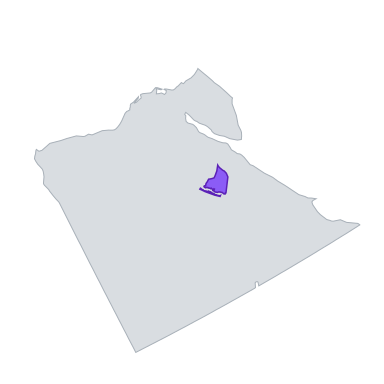 Zemam Out, Al Bahr al Ahmar, Egypt (highlighted), rotated 330°
{"feature_id": "37247803B22410072002885", "entity_name": "Zemam Out", "entity_type": "district", "adm_level": 2, "iso_a3": "EGY", "parent_name": "Egypt", "parent_adm1": "Al Bahr al Ahmar", "projection": "orthographic", "projection_center": [31.757, 26.727], "detail": "fine", "context": "in_parent", "style": "filled", "palette": "violet", "viewbox_px": 384, "rotation_deg": 330, "n_neighbors": 0, "source": "geoboundaries", "source_scale": "gbopen_adm2", "svg_char_len": 6174}
<svg xmlns="http://www.w3.org/2000/svg" viewBox="0 0 384 384"><g transform="rotate(330 192 192)"><path d="M320.9,304.4L313.8,304.7L306.7,305.0L299.6,305.2L292.5,305.4L285.4,305.7L278.2,305.8L271.1,306.0L264.0,306.2L256.9,306.3L249.8,306.4L242.6,306.5L235.5,306.6L228.4,306.6L221.3,306.7L214.1,306.7L207.0,306.7L202.9,306.7L203.6,304.6L204.1,303.1L203.6,302.1L202.2,301.9L201.3,302.2L199.2,306.5L198.1,306.7L195.5,306.7L187.2,306.6L178.9,306.5L170.6,306.4L162.3,306.3L154.1,306.1L145.8,306.0L137.5,305.8L129.2,305.5L120.9,305.3L112.7,305.0L104.4,304.7L96.1,304.4L87.9,304.0L79.6,303.6L71.4,303.2L63.1,302.8L63.4,297.5L63.6,292.3L63.8,287.1L64.1,281.8L64.3,276.6L64.6,271.3L64.8,266.1L65.1,260.9L65.3,255.6L65.6,250.4L65.8,245.1L66.1,239.9L66.3,234.6L66.6,229.4L66.9,224.1L67.1,218.9L67.4,213.6L67.7,208.4L67.9,203.1L68.2,197.8L68.5,192.6L68.8,187.3L69.1,182.1L69.3,176.8L69.6,171.6L69.9,166.3L70.2,161.1L70.5,155.8L70.8,150.6L71.1,145.3L71.4,140.1L71.7,134.8L71.6,133.8L70.7,130.2L69.9,125.6L69.1,120.0L69.1,118.2L67.6,112.4L67.5,110.7L68.1,109.6L71.4,104.9L72.4,102.6L73.4,99.9L73.8,97.6L73.1,94.1L72.3,90.9L72.1,87.6L72.2,84.5L73.8,82.4L75.8,80.5L76.6,79.3L77.7,77.9L78.5,77.3L79.8,80.2L82.9,80.9L93.2,78.8L104.3,81.9L110.4,83.1L119.9,85.6L125.6,89.6L127.1,90.2L131.3,90.2L134.0,92.6L144.9,94.0L150.7,96.7L154.0,98.7L156.0,99.4L157.7,99.3L160.1,98.6L163.2,97.3L166.5,95.4L173.4,90.4L175.8,89.6L177.3,89.8L179.2,89.8L180.0,88.4L181.1,87.5L181.7,86.4L182.7,85.2L186.3,84.9L193.3,82.7L192.5,83.8L186.1,86.2L188.8,86.5L191.7,85.7L194.9,85.2L195.5,84.1L195.9,82.2L196.5,81.9L198.7,82.3L205.3,85.3L206.9,85.4L211.6,83.7L212.6,83.4L214.1,84.3L217.5,88.0L216.3,88.0L212.7,84.7L212.3,86.3L210.2,89.2L212.9,90.4L215.0,90.9L216.1,92.4L216.9,93.8L219.0,93.2L220.5,91.3L219.7,90.2L219.1,89.1L219.8,89.1L221.3,90.0L225.5,93.6L226.9,94.3L228.6,94.2L232.0,93.2L232.9,93.3L237.5,91.9L238.0,92.9L238.8,93.9L242.4,92.7L248.2,92.7L252.9,91.4L258.4,88.5L258.8,88.0L259.1,88.7L259.8,90.7L261.6,95.6L263.1,99.5L265.0,104.9L265.6,106.9L265.9,108.3L268.7,114.2L270.3,119.1L271.6,123.0L273.3,128.8L274.1,130.8L273.0,131.9L270.8,135.7L268.7,147.8L265.4,157.2L265.1,163.1L264.6,165.2L263.0,168.3L261.0,171.2L257.3,169.8L251.4,164.7L247.9,159.9L244.1,156.8L240.6,152.7L239.6,149.7L239.7,147.8L238.1,143.1L236.9,140.9L232.7,136.0L231.5,133.3L230.5,132.2L229.6,130.5L228.0,124.0L226.4,119.9L224.5,121.1L224.8,122.8L223.2,125.2L222.2,128.0L223.0,130.3L226.4,133.7L227.1,135.2L228.0,138.5L227.9,142.9L228.4,144.4L231.0,147.7L232.0,149.6L232.6,151.3L233.4,152.8L236.0,155.7L239.8,161.1L243.3,164.8L245.9,166.5L247.0,168.3L247.3,172.9L247.2,175.1L249.5,179.2L250.3,181.3L252.5,183.0L253.5,184.9L254.5,188.1L256.0,197.4L258.0,199.7L264.1,211.9L269.2,219.6L271.7,225.4L275.6,232.4L283.2,247.7L287.6,252.4L289.4,255.1L292.6,257.1L296.1,259.9L292.8,259.8L292.0,260.0L290.9,260.5L290.4,262.3L290.2,263.8L290.8,271.7L291.8,275.7L294.9,283.2L297.1,285.4L298.2,286.8L299.7,287.9L306.6,290.2L310.7,295.6L319.9,302.1L320.8,304.0L320.9,304.4Z" fill="#d9dde1" stroke="#a8b0b8" stroke-width="1"/><path d="M211.6,202.8L211.6,203.0L211.9,203.3L212.2,203.7L212.4,203.9L212.5,204.0L212.9,204.3L213.0,204.4L213.3,204.5L213.6,204.8L213.7,205.0L214.0,205.1L214.3,205.1L214.6,205.2L214.8,205.2L215.0,205.2L215.1,205.3L215.3,205.5L215.5,205.7L215.8,205.7L216.0,205.7L216.2,205.8L216.3,205.9L216.4,206.1L216.6,206.3L216.7,206.5L216.8,206.6L216.9,206.8L217.1,206.8L217.2,207.0L217.3,207.0L217.6,207.2L217.7,207.3L217.8,207.3L218.0,207.5L218.0,207.9L218.1,208.1L218.2,208.3L218.3,208.4L218.3,208.6L218.4,208.9L218.5,209.0L218.6,209.4L218.6,209.5L218.8,209.6L219.1,209.9L219.3,210.0L219.5,210.2L219.7,210.3L220.5,209.4L221.0,209.7L230.6,196.9L231.1,192.9L230.4,189.9L229.5,188.6L228.0,184.6L227.7,182.7L227.7,181.6L224.0,186.2L220.2,189.4L218.2,190.8L216.2,190.4L214.3,189.8L212.8,189.2L211.4,190.1L210.3,190.8L209.1,191.3L208.0,192.0L207.3,193.0L206.8,193.4L205.8,192.8L205.0,193.4L205.0,193.5L205.2,193.9L205.3,193.9L205.3,194.0L205.3,194.3L205.5,194.5L205.6,194.8L205.7,195.0L205.9,195.2L206.1,195.3L206.4,195.3L206.5,195.3L206.9,195.3L207.0,195.4L207.1,195.5L207.3,195.8L207.5,195.8L207.5,196.0L207.8,196.2L208.0,196.3L208.2,196.6L208.3,196.6L208.3,196.8L208.5,197.0L208.7,197.3L208.9,197.3L209.1,197.3L209.3,197.5L209.5,197.7L209.7,198.0L209.8,198.2L209.8,198.3L209.8,198.5L210.0,198.6L210.3,198.4L210.6,198.4L210.6,198.5L210.6,199.0L210.9,199.3L211.0,199.7L211.0,199.8L211.3,200.0L211.2,200.2L211.3,200.2L211.3,200.3L211.3,200.5L211.5,200.9L211.5,201.0L211.5,201.3L211.5,201.5L211.4,201.5L211.5,201.8L211.4,201.8L211.5,201.9L211.5,202.0L211.5,202.3L211.6,202.8ZM212.9,200.7L212.0,201.3L211.6,200.8L212.6,200.2L212.9,200.7ZM214.8,209.3L214.6,209.3L214.5,209.2L214.4,209.1L214.1,209.0L213.9,208.9L213.7,208.8L213.4,208.6L213.3,208.4L213.2,208.4L213.1,208.2L212.9,208.1L212.7,208.0L212.6,207.9L212.5,207.7L212.4,207.6L212.3,207.4L212.2,207.3L211.9,207.2L211.8,206.9L211.8,206.7L211.5,206.4L211.4,206.3L211.2,206.3L211.2,206.2L210.9,206.0L210.8,205.9L210.7,205.9L210.6,205.7L210.4,205.6L210.2,205.4L210.3,205.3L210.3,205.2L210.4,204.9L210.3,204.6L210.2,204.5L210.2,204.4L210.0,204.2L209.8,203.9L209.7,203.9L209.6,203.7L209.4,203.6L209.3,203.4L209.2,203.3L209.2,203.2L209.0,202.9L208.9,202.9L208.8,202.7L208.7,202.6L208.6,202.3L208.5,202.0L208.4,201.8L208.4,201.7L208.3,201.3L208.1,201.0L208.0,200.9L207.9,200.8L207.8,200.7L207.7,200.6L207.4,200.5L207.3,200.4L207.2,200.3L207.1,200.2L207.0,199.9L207.0,199.7L206.9,199.5L206.8,199.4L206.6,199.3L206.4,199.3L206.1,199.3L205.9,199.4L205.7,199.3L205.6,199.2L205.3,199.1L205.2,199.1L204.9,199.0L204.9,198.9L204.7,198.5L204.7,198.4L204.2,198.6L204.0,198.1L203.8,197.7L203.4,197.2L203.5,197.2L203.0,196.8L202.9,196.8L202.5,196.4L202.6,196.1L202.7,195.7L202.4,195.6L202.2,195.3L202.2,195.2L202.1,194.9L201.9,194.8L201.9,194.7L201.6,194.6L201.4,194.5L201.3,194.4L201.2,194.2L201.2,193.9L201.3,193.9L201.5,193.9L201.6,193.7L201.4,193.4L201.4,193.2L201.3,192.9L201.2,192.9L200.2,193.5L201.2,194.8L203.5,198.2L210.1,206.1L214.1,209.9L214.8,209.3ZM208.0,202.3L207.7,202.5L207.2,201.5L207.9,201.2L208.2,201.9L207.8,202.1L208.0,202.3Z" fill="#8b5cf6" stroke="#5b21b6" stroke-width="1.5"/></g></svg>